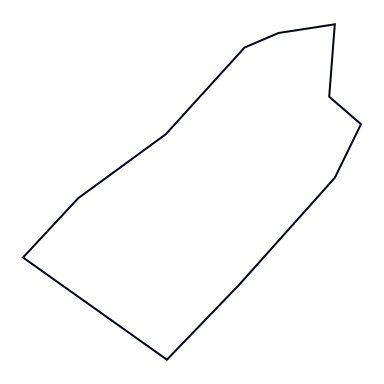 the Parish of Saint Andrew
{"feature_id": "VCT-5065", "entity_name": "Saint Andrew", "entity_type": "Parish", "adm_level": 1, "iso_a3": "VCT", "parent_name": "Saint Vincent and the Grenadines", "parent_adm1": "", "projection": "mercator", "projection_center": [-61.224, 13.201], "detail": "fine", "context": "isolated", "style": "outline", "palette": "ink", "viewbox_px": 384, "rotation_deg": 0, "n_neighbors": 0, "source": "natural_earth", "source_scale": "10m", "svg_char_len": 265}
<svg xmlns="http://www.w3.org/2000/svg" viewBox="0 0 384 384"><path d="M166.9,359.7L23.0,257.5L78.3,198.1L165.7,134.3L244.6,47.5L278.4,33.0L334.8,24.3L329.2,96.7L361.0,124.2L334.8,177.8L239.0,284.9L166.9,359.7Z" fill="none" stroke="#020617" stroke-width="2"/></svg>